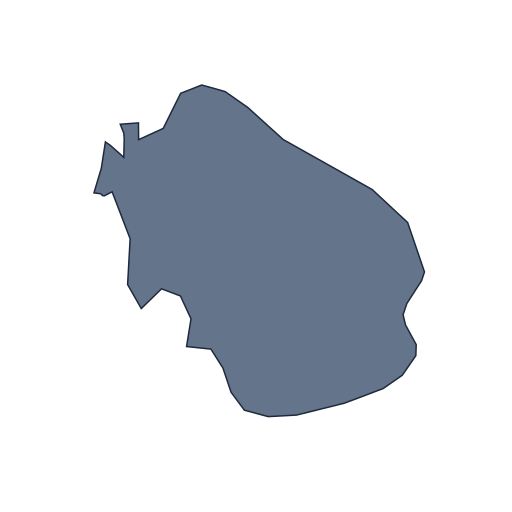 the border of Maio, rotated 310°
{"feature_id": "CPV-5054", "entity_name": "Maio", "entity_type": "state/province", "adm_level": 1, "iso_a3": "CPV", "parent_name": "Cabo Verde", "parent_adm1": "", "projection": "mercator", "projection_center": [-23.189, 15.226], "detail": "fine", "context": "isolated", "style": "filled", "palette": "slate", "viewbox_px": 512, "rotation_deg": 310, "n_neighbors": 0, "source": "natural_earth", "source_scale": "10m", "svg_char_len": 710}
<svg xmlns="http://www.w3.org/2000/svg" viewBox="0 0 512 512"><g transform="rotate(310 256 256)"><path d="M352.1,104.5L362.1,126.6L364.5,154.4L362.7,201.9L381.6,302.3L379.1,350.7L352.1,395.3L343.6,398.7L316.6,402.1L305.6,406.4L299.3,414.8L291.1,435.7L282.4,442.5L258.7,444.7L236.2,438.6L200.2,418.4L160.2,389.3L140.8,368.6L130.4,346.2L135.6,324.5L148.9,302.7L155.7,281.3L142.0,261.0L166.1,246.6L176.8,223.8L170.1,204.7L142.0,201.9L151.6,176.0L188.3,148.5L212.7,104.5L204.7,101.2L203.6,99.6L203.9,97.1L200.2,91.3L223.8,81.1L246.6,67.3L247.1,73.0L246.6,91.3L261.2,79.6L265.1,75.8L269.7,67.3L282.4,80.4L269.7,91.3L294.1,102.9L332.2,93.7L352.1,104.5Z" fill="#64748b" stroke="#1e293b" stroke-width="1.5"/></g></svg>